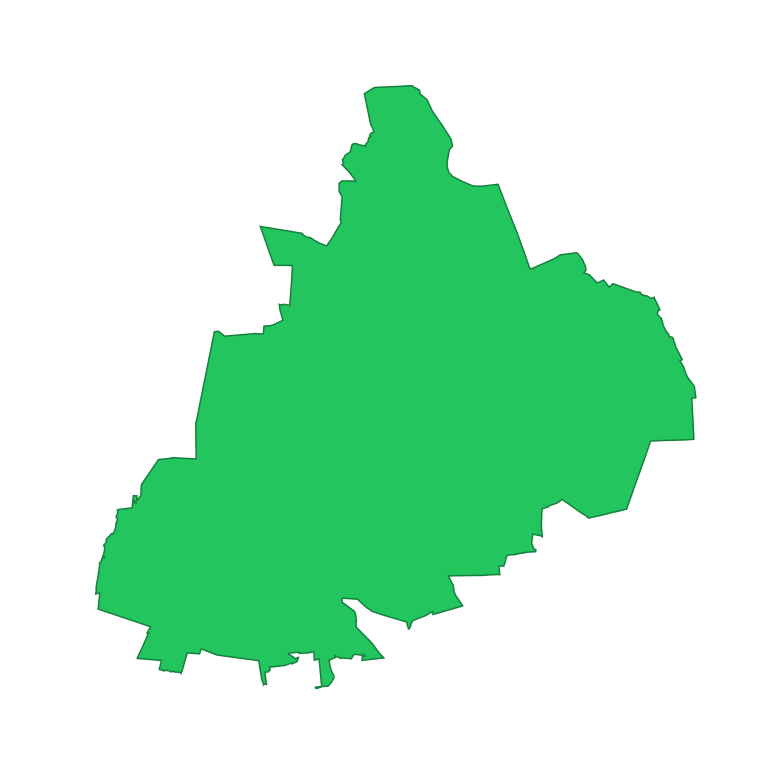 outline of Apaseo el Grande, Guanajuato, Mexico, rotated 354°
{"feature_id": "50627088B68600935642938", "entity_name": "Apaseo el Grande", "entity_type": "district", "adm_level": 2, "iso_a3": "MEX", "parent_name": "Mexico", "parent_adm1": "Guanajuato", "projection": "albers", "projection_center": [-100.631, 20.591], "detail": "fine", "context": "isolated", "style": "filled", "palette": "green", "viewbox_px": 768, "rotation_deg": 354, "n_neighbors": 0, "source": "geoboundaries", "source_scale": "gbopen_adm2", "svg_char_len": 6060}
<svg xmlns="http://www.w3.org/2000/svg" viewBox="0 0 768 768"><g transform="rotate(354 384 384)"><path d="M361.9,193.5L357.7,216.1L358.3,219.0L351.7,227.6L349.1,231.4L345.5,236.0L345.3,235.9L343.2,238.6L342.7,239.0L342.4,239.8L341.5,240.6L340.6,240.3L333.6,236.6L328.1,232.5L325.6,230.4L324.1,230.4L322.2,229.7L320.8,228.4L319.6,227.8L318.3,225.6L277.5,214.4L286.0,250.1L287.2,254.6L296.7,255.5L305.3,256.6L303.0,271.3L298.5,296.0L294.2,294.6L292.7,294.3L291.1,294.5L288.7,294.4L288.2,294.0L288.3,298.6L288.4,300.0L290.1,310.1L280.4,313.5L277.8,314.1L270.7,313.9L269.2,321.7L261.0,320.4L230.6,319.8L225.1,314.4L222.1,314.1L220.7,314.5L200.0,380.7L198.8,384.5L196.8,391.1L193.1,402.8L192.8,402.8L190.9,422.1L189.4,438.9L165.3,435.1L165.0,435.6L151.8,435.6L132.2,458.7L130.5,469.4L126.2,474.1L125.9,473.2L126.7,469.5L123.1,468.8L122.0,473.9L123.1,474.2L124.7,475.5L125.0,476.4L121.7,475.3L120.6,480.8L107.7,481.1L105.7,481.4L105.6,482.9L105.7,483.9L105.5,484.8L105.3,485.3L104.0,487.3L103.8,488.9L104.9,491.3L103.2,493.7L103.0,494.3L102.4,497.8L101.7,499.8L100.1,502.7L99.5,503.4L99.0,504.4L98.7,504.8L98.0,504.4L97.6,504.4L97.0,504.6L96.4,505.1L95.4,506.5L93.0,508.1L91.8,509.4L91.4,509.9L91.5,511.8L91.4,512.2L91.2,512.4L90.8,512.5L89.6,514.2L88.8,514.5L88.3,515.1L89.2,517.6L88.5,520.6L87.2,524.3L87.7,527.2L85.9,527.6L86.7,525.0L85.3,528.7L85.0,528.6L83.8,531.6L83.6,531.8L82.8,532.0L82.2,532.4L82.4,533.7L81.9,536.0L80.1,543.3L76.9,554.5L76.2,557.6L76.5,558.4L75.3,562.7L79.5,562.1L76.2,578.0L126.5,601.0L122.3,607.0L123.9,607.0L114.0,624.3L112.4,626.4L112.1,627.4L111.3,628.5L109.9,631.1L133.7,635.7L131.9,641.0L130.6,644.2L131.6,645.0L133.3,645.1L133.8,645.3L134.1,645.3L134.3,645.9L134.6,646.3L137.2,646.0L139.9,646.8L140.7,647.1L141.6,647.9L142.5,648.0L143.3,647.8L144.0,648.0L144.5,647.2L145.2,647.5L146.0,648.8L147.1,648.8L149.1,649.2L150.5,649.3L151.1,649.7L152.0,650.7L154.9,644.1L156.7,639.3L160.3,630.9L172.4,633.1L174.3,628.5L174.9,628.5L189.4,636.0L211.6,641.5L230.5,646.0L231.5,665.1L232.9,670.2L232.8,670.5L233.5,670.0L235.8,670.4L235.6,668.1L235.4,658.3L238.9,658.1L238.9,657.5L240.7,656.9L240.7,656.0L240.8,655.7L240.5,654.5L240.7,653.7L256.1,653.5L262.8,651.8L263.0,652.7L268.3,651.2L270.3,647.0L268.3,647.4L267.9,647.9L267.3,648.1L265.8,646.5L265.1,646.0L264.8,646.2L264.0,645.2L263.9,644.8L261.1,643.0L260.9,641.8L270.9,641.8L271.2,641.8L271.4,643.0L279.9,643.5L283.5,643.2L283.8,642.9L286.3,643.7L285.8,651.3L286.7,651.3L290.7,650.6L290.4,678.3L284.3,678.4L284.0,678.7L283.9,679.1L285.4,679.9L287.9,679.1L291.0,678.5L293.5,678.5L297.1,678.6L297.4,678.1L300.3,675.4L303.6,671.1L303.4,668.1L302.1,664.9L301.4,662.4L300.9,659.5L300.7,657.2L300.7,655.1L300.2,653.2L307.2,650.8L307.2,649.8L306.9,649.2L312.4,652.4L312.6,652.4L312.5,651.9L322.9,653.8L324.2,651.7L325.1,650.9L326.1,649.6L333.4,651.4L333.7,650.8L335.0,650.7L336.6,652.4L334.0,652.6L333.3,656.6L352.0,656.4L352.6,656.5L355.2,656.4L351.5,651.4L349.8,648.8L344.8,640.2L331.9,624.2L331.0,622.6L331.3,617.2L331.8,617.2L331.7,611.0L331.0,607.1L319.4,596.5L320.1,592.6L335.4,595.3L335.5,595.7L342.3,603.5L343.7,604.8L348.6,609.0L359.8,614.0L381.6,623.1L382.7,630.2L383.4,630.2L385.4,627.3L385.4,626.0L386.7,624.0L388.0,622.3L394.6,620.4L400.9,618.8L408.8,615.3L408.6,618.4L438.2,613.1L439.1,612.8L433.1,601.6L432.0,598.1L432.0,593.3L431.7,591.1L430.7,588.8L427.9,581.7L434.5,582.1L463.9,584.8L467.4,584.8L476.3,585.3L479.3,585.7L479.1,577.4L483.2,577.2L484.0,577.8L486.0,573.4L488.3,567.4L492.7,567.0L493.1,567.3L497.9,567.2L502.4,566.5L503.1,566.8L507.6,566.3L509.2,566.2L517.3,566.6L517.7,564.6L516.1,564.1L514.3,558.5L514.2,557.6L516.3,548.9L521.8,550.7L522.3,550.9L523.0,550.7L525.5,552.4L525.5,544.8L525.8,540.7L527.4,528.9L528.3,524.6L534.9,523.3L535.0,522.4L543.5,520.6L549.2,517.5L560.0,526.9L565.0,531.4L570.7,535.9L571.9,537.0L571.9,537.3L573.4,538.7L589.1,536.9L596.2,535.8L604.3,534.9L611.0,533.9L612.1,533.9L628.8,498.9L635.6,484.9L637.1,481.6L640.9,473.5L640.9,473.3L643.2,468.6L657.8,469.5L677.8,471.1L686.4,471.4L687.0,459.6L687.4,454.9L688.0,440.9L688.3,437.1L688.5,431.8L688.7,430.3L692.6,430.3L692.7,430.1L692.4,418.8L689.6,414.0L689.1,413.3L687.1,410.1L686.0,407.3L684.8,403.2L684.0,399.2L682.4,395.3L680.8,391.8L683.2,391.0L683.2,390.7L682.6,389.4L678.0,377.6L677.2,372.8L676.9,372.5L676.0,368.0L672.8,366.6L672.1,363.8L670.3,361.4L668.9,357.9L667.7,354.5L667.5,352.6L667.5,351.9L666.6,347.3L665.2,346.6L664.5,344.9L663.5,343.6L662.9,342.4L663.8,341.3L664.0,340.0L666.1,339.2L664.9,335.2L661.9,327.1L661.8,326.0L658.1,326.8L657.6,326.5L656.5,325.2L654.7,323.8L653.4,323.7L649.7,322.1L648.6,320.1L648.1,319.4L644.3,318.9L622.3,308.2L618.0,311.2L613.4,303.6L606.6,305.8L599.7,296.9L594.4,294.3L596.4,292.4L596.8,291.8L596.7,288.8L596.5,287.5L595.3,284.2L594.4,281.0L590.3,274.4L589.0,273.6L572.7,274.0L566.7,277.1L541.9,285.1L540.8,283.3L537.0,266.9L533.0,250.9L532.7,249.4L523.9,218.1L518.3,197.3L501.2,197.5L494.1,196.5L492.1,195.8L482.1,190.2L473.9,184.7L471.0,181.0L470.5,179.5L469.7,175.8L469.8,170.5L473.1,159.1L473.8,157.6L477.0,154.6L476.6,150.0L476.1,147.2L469.5,134.0L460.5,117.5L456.6,105.8L450.4,99.5L450.2,98.7L450.0,95.4L442.8,90.5L442.9,90.3L437.4,89.9L430.1,89.6L412.3,88.5L408.4,88.3L407.7,88.1L404.7,88.4L394.8,93.2L397.9,124.6L399.4,128.2L399.7,129.3L400.0,132.0L399.7,132.5L398.9,132.9L398.3,133.1L397.7,133.0L397.2,133.3L396.8,133.6L396.7,133.9L396.7,134.2L396.3,134.4L396.2,134.6L395.9,134.8L396.1,135.2L395.8,135.9L396.5,136.5L396.2,136.9L394.9,137.3L394.3,137.9L394.3,138.4L393.4,141.3L392.5,142.4L391.5,142.8L390.0,145.6L389.1,144.9L388.3,144.6L387.0,144.5L385.1,143.7L384.3,143.7L382.8,142.6L381.7,142.1L381.2,142.0L380.4,141.9L379.6,141.7L378.9,141.8L377.6,142.5L376.9,143.3L376.1,145.4L375.7,147.1L374.9,149.2L372.7,150.8L369.7,152.2L369.2,152.6L368.8,153.4L367.9,154.7L367.8,155.0L366.2,156.2L366.5,159.1L366.8,160.8L366.3,161.1L365.2,161.4L369.5,167.0L370.7,168.2L376.6,178.0L377.2,178.8L376.8,179.2L366.8,178.0L363.2,177.6L360.2,180.0L360.1,182.2L359.5,187.8L361.9,193.5Z" fill="#22c55e" stroke="#15803d" stroke-width="1.5"/></g></svg>